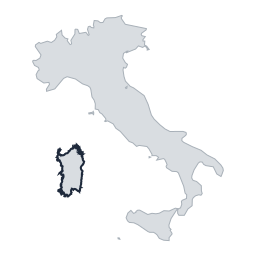 location of Sardegna, Nuoro, Italy
{"feature_id": "23120603B31191283857260", "entity_name": "Sardegna", "entity_type": "district", "adm_level": 2, "iso_a3": "ITA", "parent_name": "Italy", "parent_adm1": "Nuoro", "projection": "mercator", "projection_center": [9.015, 40.086], "detail": "fine", "context": "in_parent", "style": "outline", "palette": "slate", "viewbox_px": 256, "rotation_deg": 0, "n_neighbors": 0, "source": "geoboundaries", "source_scale": "gbopen_adm2", "svg_char_len": 8780}
<svg xmlns="http://www.w3.org/2000/svg" viewBox="0 0 256 256"><path d="M39.0,42.4L40.7,43.4L47.3,41.2L51.3,42.5L54.6,40.3L56.8,36.9L56.3,34.4L61.5,30.3L62.1,35.0L65.1,38.1L67.9,38.9L67.2,40.7L70.1,44.6L71.2,44.2L71.6,43.5L70.9,40.3L74.9,34.0L75.0,29.6L75.7,29.1L77.7,29.4L79.3,33.5L85.9,32.3L88.2,35.4L89.2,34.8L87.5,29.4L88.3,26.7L90.0,26.2L91.3,27.5L93.8,27.9L93.9,26.3L93.3,25.2L94.2,20.5L98.0,20.9L100.2,22.6L102.9,22.5L105.1,18.8L106.9,17.9L115.4,17.6L121.8,15.4L122.3,15.9L121.2,17.7L121.5,18.8L125.3,24.3L146.4,28.6L146.1,29.9L141.5,33.3L141.2,34.6L141.9,35.7L145.3,36.6L142.9,39.7L143.0,41.0L144.8,41.1L144.5,45.0L146.7,46.2L149.2,49.5L146.7,50.2L147.7,49.3L145.2,45.9L142.6,47.4L138.4,45.9L135.6,49.0L126.0,52.9L127.7,51.1L127.0,51.1L123.5,53.4L122.7,58.1L125.4,62.7L127.5,64.3L126.5,67.1L125.2,68.2L123.5,67.4L123.0,69.9L124.0,76.5L125.4,81.1L130.2,86.3L133.6,87.9L144.2,95.7L148.1,104.3L151.4,115.1L154.1,119.1L159.9,124.8L165.1,129.0L170.0,131.5L182.8,131.4L186.0,132.4L186.4,134.1L185.8,135.3L182.0,138.3L181.8,140.6L183.6,142.3L192.2,146.6L201.1,150.3L207.1,155.0L214.8,158.9L220.8,164.9L222.9,168.1L223.3,170.5L221.8,174.7L221.0,176.5L216.8,174.0L213.3,166.8L205.8,165.6L203.6,164.3L202.3,162.1L199.9,161.9L198.3,163.1L194.1,169.8L191.9,175.7L191.7,178.0L193.0,180.3L196.6,181.5L201.3,185.7L201.4,190.7L202.2,193.6L201.0,195.2L198.7,194.8L195.5,195.8L193.3,197.7L192.3,199.4L192.1,205.7L187.9,209.0L184.3,215.3L178.9,215.3L177.7,213.4L177.6,210.5L178.5,208.7L180.5,207.9L181.8,204.2L181.4,201.5L182.2,200.3L186.5,198.5L186.7,194.8L185.1,193.1L183.7,186.2L178.4,172.9L176.7,171.6L172.0,171.3L166.5,167.7L166.1,166.2L167.1,164.8L166.4,162.8L164.7,159.4L163.5,158.6L156.7,160.1L158.6,157.3L156.2,155.6L151.9,155.6L152.0,154.3L148.9,148.8L146.9,146.5L139.1,145.4L136.6,146.4L132.7,142.8L129.2,141.5L120.3,131.4L115.9,128.3L113.2,123.9L107.7,120.9L105.2,121.6L104.6,121.1L105.9,120.2L105.7,118.5L102.0,114.0L99.8,112.6L98.3,109.7L95.2,109.0L95.3,103.8L94.1,100.1L92.0,97.0L90.8,89.4L89.9,87.3L87.7,85.7L82.6,83.9L75.5,79.0L67.1,76.7L63.6,78.4L54.8,88.9L46.6,91.3L46.4,89.2L49.5,84.3L48.9,82.4L43.8,83.0L37.1,78.6L36.1,74.7L38.0,70.9L39.2,70.0L38.5,67.5L34.5,65.4L32.8,62.0L32.7,60.9L33.7,60.3L36.1,60.5L39.9,58.1L41.0,54.9L35.3,46.6L35.5,44.9L39.0,42.4ZM126.8,88.3L127.1,86.4L125.4,87.6L125.9,88.5L126.8,88.3ZM177.5,208.6L171.1,218.5L168.9,225.1L169.2,227.6L171.0,229.4L170.1,230.2L172.0,233.3L172.0,234.1L169.1,237.6L169.1,240.6L163.7,240.2L159.3,238.4L157.1,234.9L155.4,233.4L153.5,232.3L149.7,232.3L148.0,231.6L137.9,224.7L133.9,222.8L129.3,222.4L127.5,220.8L126.1,217.8L127.9,213.0L130.9,210.4L133.6,213.4L135.9,212.4L136.0,211.4L137.7,210.2L139.8,210.2L147.8,214.5L152.0,213.3L155.8,213.8L159.3,213.2L163.9,210.7L169.2,211.0L175.3,208.2L177.5,208.6ZM81.0,154.1L83.8,162.2L81.2,167.1L82.2,172.4L79.9,190.1L78.6,190.7L71.7,188.6L71.2,192.7L70.3,194.3L68.9,195.4L65.2,195.1L61.5,189.3L61.2,183.6L61.9,181.9L62.0,178.6L63.4,178.3L63.5,176.1L62.7,174.9L61.3,174.5L61.3,171.9L62.3,170.0L62.3,166.6L60.4,162.2L57.8,159.0L58.3,153.4L60.6,154.8L63.9,154.8L67.9,152.6L74.5,146.1L75.4,147.3L78.1,148.4L80.7,151.2L79.7,153.0L81.0,154.1ZM93.2,111.4L93.8,112.8L93.6,114.6L92.3,113.5L89.0,114.0L88.7,113.0L92.7,112.2L93.2,111.4ZM62.4,192.2L61.5,194.2L60.5,191.5L60.6,191.2L62.4,192.2ZM60.3,149.4L58.8,151.7L58.0,151.6L59.9,149.0L60.3,149.4ZM119.9,239.3L118.1,238.8L118.0,237.8L119.4,238.0L119.9,239.3ZM150.6,157.1L149.1,157.8L149.1,156.6L150.6,157.1Z" fill="#d9dde1" stroke="#a8b0b8" stroke-width="1"/><path d="M60.6,192.9L61.4,194.5L61.9,194.2L62.0,193.0L62.4,192.5L62.2,192.5L62.2,192.4L63.1,192.3L63.8,192.6L64.0,193.1L63.8,193.5L63.9,194.0L64.2,194.5L64.5,194.3L64.8,194.8L64.5,195.8L65.1,195.7L65.0,196.3L65.3,196.3L65.2,195.8L65.5,195.7L65.4,195.4L66.3,195.1L66.4,194.8L67.3,195.4L67.2,195.5L67.6,196.0L67.7,195.6L68.1,196.1L68.5,196.1L70.8,194.0L70.8,193.9L71.2,193.9L71.2,193.6L71.2,193.1L71.6,192.4L71.1,191.8L71.0,191.0L71.3,190.1L71.5,190.3L71.3,190.1L71.8,189.6L72.0,189.4L72.1,189.5L72.3,189.6L72.0,189.4L72.3,189.2L72.4,189.5L72.3,189.1L72.9,189.4L72.7,189.4L72.6,189.5L72.9,189.4L73.4,189.8L73.5,189.6L73.4,189.5L73.5,189.3L74.2,188.9L75.6,189.1L77.9,191.0L78.9,190.8L78.9,191.3L79.2,191.6L79.2,191.1L79.5,190.8L79.8,190.8L79.9,190.5L80.1,189.9L79.9,189.5L80.0,188.5L80.5,187.5L81.0,187.4L80.5,187.0L80.4,186.4L81.2,184.0L81.2,183.4L81.0,183.1L81.4,181.7L81.2,180.0L81.4,179.7L81.4,179.1L81.7,178.8L81.6,177.4L82.0,175.8L81.8,175.4L81.8,174.8L82.3,174.2L81.9,173.8L81.9,173.1L82.6,171.1L81.3,169.7L80.9,168.7L80.8,167.4L81.0,166.9L81.8,165.6L83.1,164.5L83.2,163.7L83.6,163.4L84.1,161.6L83.6,161.3L83.5,160.7L82.9,160.1L82.7,159.3L82.9,158.5L82.3,157.8L82.2,157.1L82.4,156.9L81.6,156.2L81.6,155.7L81.9,155.6L81.8,155.3L81.8,155.1L82.2,155.2L82.5,154.9L82.1,155.0L81.8,154.5L81.5,154.7L81.3,154.5L81.3,154.1L81.1,154.3L80.7,153.9L81.2,153.3L80.8,153.2L80.3,153.7L79.8,153.3L78.9,153.4L79.0,153.2L79.3,153.2L79.0,153.2L78.9,153.1L80.1,153.1L79.9,152.8L80.4,152.2L80.2,151.9L80.6,151.5L81.3,151.9L81.5,151.7L80.4,151.1L80.2,151.3L80.1,151.5L79.7,151.5L79.8,150.8L79.3,150.9L79.3,151.3L78.9,151.4L79.3,150.9L79.2,150.4L79.5,150.3L79.3,150.1L79.4,149.8L79.5,149.7L79.5,149.8L80.0,149.5L79.8,149.0L79.5,149.1L79.6,148.7L79.3,148.7L79.5,148.6L79.3,148.2L79.0,148.4L79.2,148.6L78.3,148.5L78.4,148.9L77.9,149.4L78.0,148.7L77.7,148.5L77.7,148.2L77.3,148.2L77.6,147.8L76.8,147.7L76.7,147.1L76.3,147.2L76.1,147.4L76.3,147.4L76.2,147.6L76.0,147.2L75.9,147.5L75.5,147.5L75.7,147.3L75.4,146.9L75.3,147.5L75.1,147.3L75.3,146.7L74.6,146.3L74.6,146.0L74.1,146.3L73.9,146.6L73.9,146.3L73.4,146.5L73.1,146.3L73.1,146.6L73.5,146.7L73.3,147.4L73.6,147.9L73.3,148.3L72.7,148.3L72.6,148.7L72.2,148.8L71.6,148.6L71.0,148.9L69.7,150.7L68.9,151.0L69.0,151.2L68.7,151.3L68.8,151.7L67.5,153.2L66.0,153.4L64.9,154.1L64.4,154.8L63.2,155.3L62.1,155.4L61.4,155.0L61.1,155.0L61.2,154.8L61.0,155.0L60.8,155.0L60.8,154.8L60.7,155.1L60.5,154.8L60.3,155.0L60.4,154.8L60.9,154.7L60.4,154.8L60.3,155.0L59.8,154.9L58.5,153.5L58.3,152.9L58.5,152.9L58.6,152.6L58.0,152.2L57.6,152.9L58.3,154.0L57.8,155.6L57.3,156.0L57.4,156.5L57.3,156.9L56.8,157.3L57.4,157.6L57.5,158.1L58.0,158.3L57.7,159.3L57.1,159.6L57.2,160.5L57.4,160.9L57.4,160.2L57.9,159.7L58.3,160.1L58.0,160.2L58.0,160.7L58.7,160.7L58.8,160.4L59.5,160.2L59.8,160.7L59.7,160.8L59.8,160.9L59.6,160.8L60.2,162.2L60.7,162.4L61.2,164.1L60.8,165.1L60.9,165.6L61.7,165.7L61.8,166.0L62.2,166.1L62.3,166.7L62.5,166.7L62.2,167.9L62.3,168.5L62.1,169.0L62.7,170.9L62.0,171.7L61.4,171.9L61.2,171.6L60.8,172.0L61.2,172.0L61.4,172.4L61.0,173.2L61.2,173.9L61.1,174.6L61.7,175.2L61.7,175.7L62.2,174.7L62.6,174.6L62.6,174.8L62.9,174.7L63.3,174.9L63.5,175.1L63.5,175.5L63.9,175.5L63.6,175.6L63.5,177.0L63.3,177.5L62.9,177.9L63.1,178.0L62.8,178.7L62.6,178.7L62.1,177.6L61.9,177.8L61.9,178.7L62.1,178.8L61.8,179.4L62.1,179.7L61.9,180.4L62.3,181.1L62.0,182.2L60.8,184.1L61.3,184.4L61.4,184.7L60.7,185.8L61.0,186.0L60.9,186.2L61.1,186.6L61.5,186.7L61.8,187.5L61.5,188.0L60.6,188.8L60.7,189.1L61.2,189.5L61.4,190.4L61.3,190.0L61.8,190.3L61.8,191.3L62.2,191.1L62.5,191.8L62.2,192.4L62.1,191.8L61.6,191.3L61.0,191.5L60.7,191.2L60.4,191.9L60.6,192.9ZM59.9,149.0L59.7,149.3L59.1,149.4L59.3,150.0L59.0,150.0L58.8,150.5L58.3,150.7L58.2,151.0L58.5,151.1L58.2,151.4L58.1,151.8L58.9,151.9L59.0,151.5L58.7,151.3L58.7,151.0L59.2,150.2L60.1,150.5L60.2,150.1L60.1,149.9L60.4,149.7L60.0,149.4L60.0,149.2L59.9,149.0ZM59.7,189.7L59.0,189.8L58.3,190.2L58.3,190.6L58.8,190.9L58.7,191.0L58.9,191.1L58.7,191.3L59.2,191.6L59.7,191.5L59.8,190.6L59.7,190.6L59.8,190.5L59.7,190.2L59.7,189.7ZM77.6,145.8L77.5,146.2L77.4,146.2L77.2,146.0L77.3,146.3L76.9,146.6L76.9,147.1L77.9,147.0L77.8,146.7L78.0,146.6L77.9,146.6L77.8,146.8L77.7,146.8L77.9,146.4L77.6,146.1L77.8,146.0L77.6,145.8ZM78.4,146.3L78.2,146.4L78.2,146.8L78.0,147.2L78.2,147.3L77.9,147.2L77.9,147.5L78.1,147.5L78.4,148.0L78.6,147.6L78.3,147.5L78.7,146.9L78.4,146.3ZM82.7,153.5L82.7,153.1L82.5,153.3L81.6,153.9L82.7,153.5ZM76.3,146.2L76.2,146.5L76.4,146.7L76.6,146.4L76.3,146.2ZM82.8,154.3L82.3,154.2L82.2,154.4L82.6,154.6L82.8,154.3ZM77.5,147.1L77.2,147.4L77.2,147.5L77.6,147.6L77.5,147.1ZM76.9,145.0L76.6,145.2L76.7,145.4L77.0,145.2L76.9,145.0ZM76.6,145.5L76.2,145.5L76.5,145.7L76.6,145.5ZM76.3,145.0L76.2,145.1L76.4,145.2L76.2,145.3L76.6,145.3L76.3,145.0ZM58.2,151.9L58.2,152.2L58.4,152.2L58.2,151.9ZM59.8,172.9L59.6,172.9L59.5,173.1L59.8,172.9ZM80.6,149.8L80.5,150.0L80.4,150.0L80.6,150.1L80.6,149.8ZM80.1,150.2L80.0,150.3L80.1,150.2ZM79.4,191.7L79.3,191.8L79.4,191.7ZM76.9,145.0L76.8,144.9L76.8,145.0L76.9,145.0ZM80.6,190.7L80.5,190.8L80.6,190.7ZM79.3,148.0L79.2,148.1L79.3,148.1L79.3,148.0ZM60.0,189.6L59.8,189.6L60.0,189.6L60.0,189.6ZM81.3,153.9L81.2,154.0L81.4,154.0L81.3,153.9Z" fill="none" stroke="#1e293b" stroke-width="2"/></svg>